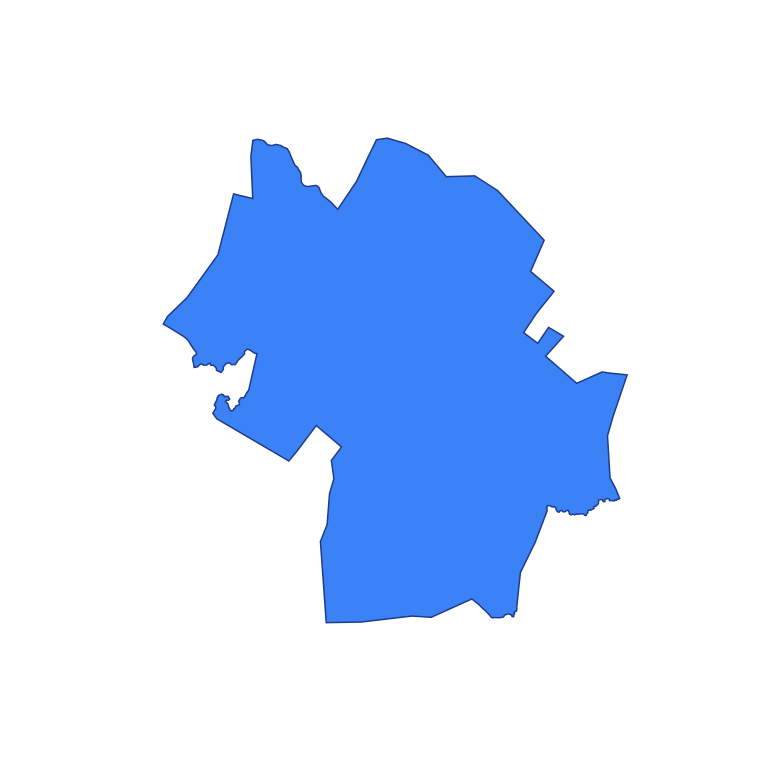 Birnin Kebbi, Kebbi, Nigeria, rotated 219°
{"feature_id": "59680162B77130024076735", "entity_name": "Birnin Kebbi", "entity_type": "district", "adm_level": 2, "iso_a3": "NGA", "parent_name": "Nigeria", "parent_adm1": "Kebbi", "projection": "natural_earth1", "projection_center": [4.241, 12.49], "detail": "fine", "context": "isolated", "style": "filled", "palette": "blue", "viewbox_px": 768, "rotation_deg": 219, "n_neighbors": 0, "source": "geoboundaries", "source_scale": "gbopen_adm2", "svg_char_len": 3735}
<svg xmlns="http://www.w3.org/2000/svg" viewBox="0 0 768 768"><g transform="rotate(219 384 384)"><path d="M625.0,496.7L630.5,497.4L636.2,494.7L639.2,490.8L630.6,477.0L602.7,445.5L620.5,437.1L594.4,379.9L591.4,327.2L592.4,319.0L594.7,300.4L593.3,291.6L585.3,292.9L574.0,294.3L568.5,295.0L565.4,294.8L562.7,294.3L559.3,293.0L553.4,291.2L550.4,290.6L548.4,289.2L549.1,286.8L549.4,285.9L549.2,284.0L548.1,282.4L544.8,280.0L542.0,277.4L540.8,278.6L539.5,280.4L539.5,282.1L539.2,284.0L537.6,285.1L536.1,285.0L535.1,286.0L533.6,287.2L533.3,288.9L532.9,289.8L532.3,290.7L531.6,290.0L530.5,289.7L529.2,290.3L528.7,291.2L526.0,291.1L524.2,290.7L523.1,289.4L521.8,289.4L519.6,290.0L518.0,290.4L517.9,291.7L518.0,294.2L519.6,296.2L519.6,298.2L519.7,299.7L518.9,301.7L517.2,303.3L515.7,303.1L514.2,303.2L513.4,304.5L511.8,305.4L512.3,310.4L511.5,316.3L511.4,319.7L512.9,321.8L512.3,324.9L509.9,325.9L507.3,326.2L504.2,326.4L501.8,327.6L485.3,294.2L485.1,290.4L484.4,286.8L484.1,285.0L485.8,284.1L486.6,282.8L486.2,279.2L484.0,278.0L483.5,276.6L485.3,273.7L484.6,271.7L485.1,270.2L484.5,268.5L486.1,266.7L488.4,267.4L490.7,268.8L492.7,270.2L494.4,270.6L496.2,270.6L496.2,272.2L494.7,273.5L494.4,275.0L495.7,275.7L497.6,276.2L498.6,275.3L500.0,273.8L501.9,274.5L504.0,273.7L505.3,270.8L505.0,268.3L504.0,266.7L503.3,263.7L502.7,261.0L500.3,260.3L499.4,259.2L498.9,255.7L498.6,253.5L492.0,251.7L409.5,264.3L409.4,278.1L410.5,309.1L377.4,308.3L376.8,291.5L363.3,278.8L357.4,264.6L339.7,238.9L334.3,221.6L278.7,162.2L252.1,184.5L236.0,201.0L216.3,221.2L200.5,232.4L180.5,272.2L171.4,272.3L166.2,271.7L161.5,271.6L157.5,270.9L156.4,271.0L154.2,270.2L152.5,270.6L150.9,272.3L149.5,273.2L146.7,275.5L144.6,278.0L144.8,280.2L143.3,283.0L141.4,284.3L140.2,284.6L138.4,284.0L137.1,284.3L137.0,285.4L137.8,285.7L137.9,287.5L138.9,287.8L139.0,289.4L138.2,290.7L138.5,291.9L140.1,293.6L141.5,295.8L159.3,323.2L167.0,356.5L177.3,387.7L177.6,388.2L177.7,388.3L178.8,389.6L179.6,389.7L179.8,390.7L180.5,391.7L179.8,392.7L178.9,393.7L177.8,394.1L176.7,394.1L175.7,394.5L174.9,395.3L173.7,395.9L172.8,395.9L171.7,395.2L170.4,394.3L168.8,394.0L167.3,394.5L167.3,395.6L167.2,396.5L166.0,397.8L164.6,397.3L163.5,398.0L162.9,398.9L162.5,400.2L162.2,401.2L161.2,401.6L160.3,401.1L159.3,400.9L158.8,400.1L158.2,399.7L157.1,399.7L156.1,400.2L155.8,401.3L155.0,401.8L153.7,402.2L152.7,403.7L150.2,406.0L148.3,408.0L146.4,408.6L145.3,408.3L144.3,408.9L144.6,410.1L144.8,411.2L144.7,412.5L145.4,413.2L145.9,414.0L145.3,415.2L144.3,415.6L143.8,416.4L143.0,418.2L142.5,419.4L143.2,420.0L143.9,420.7L142.8,421.7L142.3,423.1L142.2,424.2L142.1,425.6L142.5,426.7L143.4,427.6L143.9,429.2L142.8,430.6L141.4,431.6L140.9,431.3L140.2,430.7L139.1,430.9L138.4,431.7L139.0,432.1L139.3,432.7L139.5,433.9L138.2,435.5L137.3,436.2L136.7,436.1L135.6,435.8L135.3,435.3L134.9,435.7L134.1,436.5L133.3,436.8L132.6,437.4L132.1,437.6L131.5,438.0L131.5,439.2L130.2,439.8L130.2,441.2L129.4,441.9L128.8,443.4L137.8,448.3L149.3,453.3L177.7,484.4L185.5,502.8L200.8,544.1L214.7,535.0L222.1,530.6L234.7,505.8L275.9,507.3L274.5,534.1L291.7,531.6L290.1,512.4L307.8,511.8L309.5,529.4L309.9,533.4L310.1,539.5L310.1,545.2L310.1,558.0L310.3,563.1L340.9,563.7L350.0,596.5L417.3,605.8L444.4,602.9L466.1,584.3L493.6,589.7L518.3,584.6L536.1,577.2L543.6,569.1L537.5,543.2L532.8,523.9L529.9,490.7L534.3,491.2L539.5,491.9L545.6,492.0L549.4,491.7L553.6,493.1L557.9,495.7L560.7,495.9L562.1,495.3L563.5,493.6L565.5,491.7L566.7,490.1L569.3,488.4L571.8,487.9L575.1,488.7L577.7,491.4L579.4,493.7L582.2,495.9L584.3,496.6L586.1,497.1L587.6,498.0L590.7,497.9L593.9,499.4L599.4,502.3L603.7,504.7L607.3,506.0L610.8,504.9L614.3,504.4L618.6,502.3L621.3,498.6L625.0,496.7Z" fill="#3b82f6" stroke="#1e3a8a" stroke-width="1.5"/></g></svg>